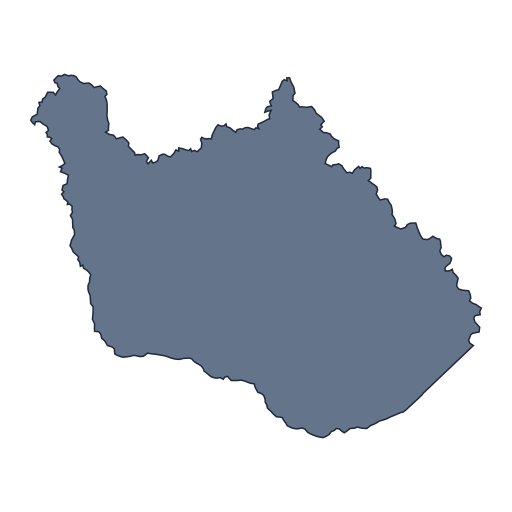 outline of Mozarlândia, Goiás, Brazil
{"feature_id": "56859067B29377413065156", "entity_name": "Mozarlândia", "entity_type": "district", "adm_level": 2, "iso_a3": "BRA", "parent_name": "Brazil", "parent_adm1": "Goiás", "projection": "orthographic", "projection_center": [-50.615, -14.833], "detail": "fine", "context": "isolated", "style": "filled", "palette": "slate", "viewbox_px": 512, "rotation_deg": 0, "n_neighbors": 0, "source": "geoboundaries", "source_scale": "gbopen_adm2", "svg_char_len": 5566}
<svg xmlns="http://www.w3.org/2000/svg" viewBox="0 0 512 512"><path d="M473.4,345.5L469.9,343.3L468.6,340.0L469.9,337.2L470.6,334.9L472.6,333.3L476.1,332.6L479.1,332.0L479.7,327.3L474.9,321.9L473.8,318.3L475.1,315.6L480.2,314.7L479.7,311.6L481.3,308.1L478.2,306.1L476.0,304.5L472.7,303.3L469.4,300.7L470.8,298.1L470.2,294.5L468.7,290.8L462.7,290.2L458.6,289.0L456.8,286.4L456.8,284.0L457.5,281.3L458.1,278.1L456.2,275.6L453.0,272.3L452.3,269.3L449.2,270.9L445.3,271.0L444.9,268.3L446.3,266.1L449.9,263.3L450.9,260.8L451.6,258.3L449.5,255.9L446.4,255.2L443.9,256.8L441.4,254.4L439.8,250.9L441.2,247.4L440.7,244.4L440.5,241.5L439.7,239.2L436.4,238.4L432.8,236.2L430.4,238.2L427.5,239.6L422.9,239.1L420.6,235.7L419.0,232.1L417.4,228.3L415.8,223.0L410.2,223.2L407.3,224.6L405.5,227.4L400.8,229.0L398.1,227.9L394.4,226.2L396.0,223.7L395.1,219.7L393.7,217.0L392.0,214.4L392.4,211.9L391.9,207.9L391.0,204.9L389.3,202.6L387.6,199.2L384.7,198.9L380.1,200.0L378.0,197.1L376.2,194.0L377.6,190.2L376.8,186.9L374.4,184.9L372.5,183.7L370.5,182.1L368.3,180.6L370.8,178.2L370.8,174.6L370.9,171.2L370.5,168.4L367.1,167.7L363.9,168.1L362.1,166.6L360.1,168.4L358.7,166.4L354.5,169.8L352.3,173.3L349.7,172.2L346.7,172.8L345.3,170.8L343.4,168.4L341.9,165.7L338.6,163.8L336.4,164.5L333.0,164.8L331.7,166.7L328.8,165.2L325.3,163.6L325.9,160.1L327.6,156.6L331.3,153.2L335.4,151.0L337.0,148.3L339.2,147.3L338.6,144.0L338.6,140.9L333.9,138.7L331.3,136.1L330.3,134.0L326.6,132.8L323.5,132.5L319.8,129.2L322.3,126.8L320.8,124.9L324.2,121.1L321.6,117.3L316.2,113.3L314.6,109.8L311.6,106.5L306.9,107.3L302.3,106.9L299.4,106.9L298.1,104.6L295.8,102.5L292.8,100.5L293.1,95.5L295.0,93.3L293.8,87.2L291.0,81.8L289.6,77.8L286.7,77.9L287.2,80.7L284.1,79.7L282.1,81.5L281.0,84.3L278.7,89.6L275.3,90.6L272.3,92.1L273.1,98.6L269.7,101.3L270.4,103.8L271.4,105.9L267.3,106.7L265.7,108.9L264.8,112.3L267.7,111.2L271.1,110.3L269.1,114.8L269.7,118.8L267.5,119.4L264.2,121.3L261.7,122.5L258.2,124.0L257.5,126.3L258.8,128.6L255.9,127.8L254.3,129.6L251.0,128.5L248.1,127.5L245.2,127.7L242.5,129.1L240.0,128.9L237.1,129.7L235.7,132.3L233.3,130.6L229.8,127.7L226.8,126.8L226.0,123.9L223.8,125.9L220.9,126.1L218.0,124.8L215.8,127.5L213.3,132.6L212.0,135.5L211.5,138.8L208.9,138.6L206.4,138.9L204.1,138.5L201.8,137.3L200.5,139.4L201.8,143.1L201.3,147.9L197.2,151.7L194.3,150.4L191.7,151.6L190.6,148.7L189.0,150.5L186.2,150.0L182.8,148.7L178.7,147.9L178.7,151.1L175.9,149.9L173.9,153.4L170.3,157.0L167.4,156.0L164.8,154.3L162.6,154.2L159.2,155.8L157.7,160.7L155.4,162.2L152.8,163.0L151.3,160.2L148.0,163.8L146.4,161.5L148.4,157.7L146.5,155.5L144.7,153.7L141.0,154.9L138.0,154.5L135.0,155.2L134.6,152.6L128.4,146.3L128.9,143.0L126.3,140.0L122.9,137.0L119.8,137.8L116.4,138.8L113.5,135.1L109.7,134.5L105.5,132.1L108.5,130.4L108.4,127.7L108.9,123.7L107.8,120.7L106.9,116.0L107.2,110.4L107.1,105.7L107.0,103.0L106.4,99.8L104.9,96.3L106.9,94.5L106.3,91.0L102.6,88.1L100.4,86.0L97.5,86.6L94.1,87.6L91.4,84.6L88.8,83.0L83.8,83.5L80.2,82.0L78.1,79.8L76.0,76.7L73.6,75.6L71.2,75.3L68.5,75.8L64.4,74.4L61.5,76.1L58.3,75.6L56.2,77.6L53.9,80.1L55.0,82.8L57.3,83.4L57.8,86.4L59.8,88.4L57.2,91.9L55.6,94.9L53.2,92.3L50.8,92.3L47.7,92.2L45.2,97.2L42.5,99.1L42.2,102.0L38.9,102.4L39.9,105.7L37.9,108.1L37.2,114.2L32.4,116.8L30.7,120.1L32.2,122.4L34.7,124.7L35.4,121.8L39.9,121.5L43.1,124.1L47.1,126.4L48.5,130.4L46.0,132.5L47.3,134.4L47.3,137.0L49.6,137.1L51.7,138.6L49.9,141.1L52.2,144.1L55.2,145.8L57.8,146.7L59.7,149.4L59.2,152.2L61.5,155.9L63.1,159.2L64.9,163.5L62.5,165.4L59.3,167.0L62.1,168.2L60.5,171.7L64.8,173.3L68.5,175.3L67.5,179.3L67.1,183.7L63.0,185.5L62.0,190.1L63.9,191.8L61.5,194.2L63.0,196.3L64.1,199.0L66.1,200.3L67.9,202.1L67.3,204.5L69.6,204.1L72.1,206.3L71.9,209.6L72.5,212.3L70.4,215.6L72.5,219.1L72.8,227.6L74.2,229.7L74.6,234.4L71.6,240.0L70.0,245.8L71.5,248.0L73.3,252.0L78.6,256.8L77.8,259.5L79.7,262.2L80.4,266.4L82.8,265.1L83.5,268.2L86.7,270.1L89.2,272.6L90.8,274.8L89.7,278.3L89.5,282.1L88.0,285.5L88.0,289.5L88.6,291.9L90.1,295.4L90.4,299.1L90.6,303.6L93.1,306.6L93.1,311.3L92.8,315.8L92.4,319.2L94.5,323.5L94.5,326.3L94.4,328.7L94.6,331.3L98.9,331.8L100.8,334.2L101.7,338.4L104.1,340.2L105.6,342.2L107.4,345.5L112.2,347.0L114.4,348.8L114.5,351.7L115.0,354.2L117.7,355.5L120.3,356.5L122.9,357.2L126.9,356.8L130.3,356.3L132.6,355.5L135.3,355.5L140.0,356.6L143.4,356.3L147.6,353.2L150.9,353.7L158.6,354.7L161.7,355.3L165.9,356.1L168.6,357.1L171.4,358.1L174.8,359.0L178.9,359.4L181.6,358.9L183.9,358.3L186.3,358.3L188.9,358.0L191.8,358.9L194.0,361.4L196.6,363.2L199.9,365.0L201.8,366.5L203.3,368.7L204.2,371.2L206.2,372.6L209.5,375.5L211.4,376.9L214.6,377.9L217.2,378.1L220.1,377.6L223.3,379.3L224.7,377.1L227.5,376.3L229.3,378.5L231.3,380.5L234.4,380.5L238.1,380.5L240.8,380.1L244.6,381.0L250.2,383.2L254.3,383.9L255.3,387.7L257.9,392.4L261.2,393.4L263.8,395.5L265.2,399.7L265.2,402.1L266.6,404.5L267.5,408.2L271.1,411.5L273.6,414.3L276.4,416.8L280.2,417.1L282.4,417.7L283.4,419.8L285.8,423.2L287.3,425.8L292.0,428.0L295.9,428.8L298.4,428.7L302.4,428.0L304.9,429.1L307.5,432.2L310.1,433.7L312.7,434.9L316.3,436.2L319.6,437.1L323.0,437.6L325.8,436.5L329.0,434.6L331.3,431.6L334.4,430.4L336.3,428.5L339.3,429.0L342.1,431.5L344.3,432.8L347.1,430.9L350.1,428.5L354.4,428.2L357.3,427.1L362.0,428.2L364.4,428.4L366.8,428.5L369.0,426.7L371.2,425.2L373.7,424.3L376.8,422.7L379.4,421.0L382.9,420.1L386.9,418.7L390.8,416.7L393.9,415.5L400.8,412.5L403.1,412.1L406.0,409.9L408.7,407.3L413.3,403.1L419.3,397.5L421.9,395.0L423.3,393.1L425.1,391.4L473.4,345.5Z" fill="#64748b" stroke="#1e293b" stroke-width="1.5"/></svg>